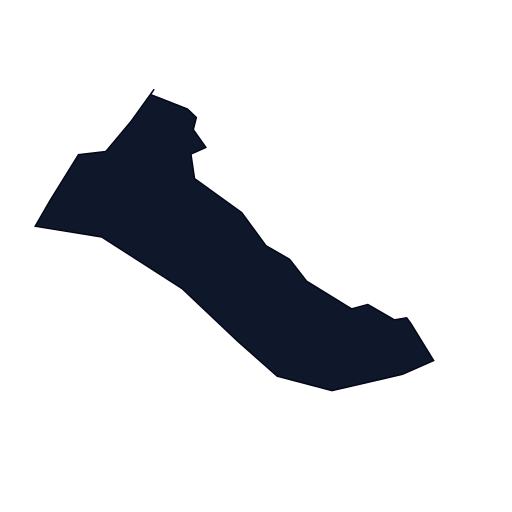 Darling Road, Castries, Saint Lucia, rotated 120°
{"feature_id": "8701671B69792415593649", "entity_name": "Darling Road", "entity_type": "district", "adm_level": 2, "iso_a3": "LCA", "parent_name": "Saint Lucia", "parent_adm1": "Castries", "projection": "robinson", "projection_center": [-60.988, 14.014], "detail": "fine", "context": "isolated", "style": "filled", "palette": "ink", "viewbox_px": 512, "rotation_deg": 120, "n_neighbors": 0, "source": "geoboundaries", "source_scale": "gbopen_adm2", "svg_char_len": 527}
<svg xmlns="http://www.w3.org/2000/svg" viewBox="0 0 512 512"><g transform="rotate(120 256 256)"><path d="M187.0,353.7L177.9,373.5L165.9,376.9L163.0,388.8L168.9,428.0L162.5,427.6L201.8,431.5L240.6,438.3L257.0,460.4L310.7,462.1L340.6,462.1L316.7,399.1L321.2,303.6L339.1,228.6L349.5,177.5L334.6,122.9L285.3,70.1L257.7,49.9L237.0,88.2L234.2,94.6L242.1,104.2L242.1,134.9L254.0,146.8L252.5,199.6L242.1,225.2L242.1,252.5L225.6,290.0L219.7,347.9L200.3,363.3L187.0,353.7Z" fill="#0f172a" stroke="#020617" stroke-width="1.5"/></g></svg>